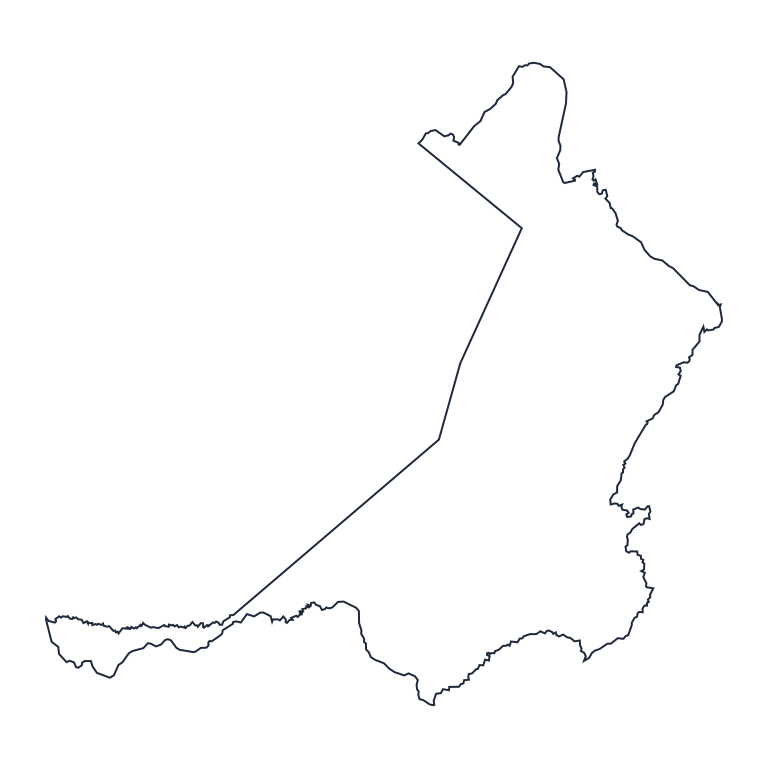 the district of Landázuri, Santander, Colombia
{"feature_id": "7082276B67983395238238", "entity_name": "Landázuri", "entity_type": "district", "adm_level": 2, "iso_a3": "COL", "parent_name": "Colombia", "parent_adm1": "Santander", "projection": "mercator", "projection_center": [-73.893, 6.365], "detail": "fine", "context": "isolated", "style": "outline", "palette": "slate", "viewbox_px": 768, "rotation_deg": 0, "n_neighbors": 0, "source": "geoboundaries", "source_scale": "gbopen_adm2", "svg_char_len": 6069}
<svg xmlns="http://www.w3.org/2000/svg" viewBox="0 0 768 768"><path d="M584.0,660.9L589.3,657.7L591.7,653.3L594.7,650.7L599.6,649.0L607.2,643.8L610.9,643.6L617.8,638.2L623.4,638.8L625.8,636.0L628.2,635.2L631.8,625.0L631.8,622.8L634.6,617.8L637.0,616.7L637.7,613.1L639.4,611.9L642.7,612.3L642.5,608.8L643.8,606.4L645.3,605.3L646.9,605.7L647.2,602.5L648.7,602.0L647.9,599.5L650.4,597.2L649.9,594.9L653.3,588.4L646.7,587.2L646.0,586.2L646.4,583.2L643.3,577.2L644.8,572.8L641.3,571.1L643.9,569.6L644.1,568.5L644.3,563.6L642.5,562.3L643.3,559.9L641.1,558.9L640.9,555.9L637.6,554.8L637.2,551.5L630.6,551.3L629.1,552.7L626.3,551.3L625.5,546.7L627.5,545.1L627.8,539.6L626.9,537.0L627.6,534.4L630.3,532.6L632.4,528.9L639.3,523.3L641.0,525.0L643.6,523.9L644.5,519.0L647.0,518.3L649.6,519.0L648.9,514.0L650.4,511.5L649.1,506.2L647.8,506.2L644.8,509.6L640.2,509.0L638.2,507.5L633.3,509.5L633.4,513.5L631.5,514.3L631.2,516.4L627.2,517.0L626.3,514.5L628.6,512.8L627.1,510.5L622.5,509.7L621.3,506.8L622.1,504.6L618.6,505.8L617.4,503.8L615.1,503.4L610.7,504.5L610.2,499.6L613.3,494.5L617.1,492.4L617.2,486.1L620.7,480.5L621.6,473.4L623.0,472.5L623.1,469.2L624.6,467.6L623.3,464.9L625.4,463.6L624.2,461.4L627.5,458.9L629.9,455.2L634.6,443.5L645.6,425.0L647.0,424.1L647.6,422.4L646.6,421.3L652.7,418.4L654.1,415.1L658.5,412.2L662.7,404.7L663.3,399.9L665.0,397.0L673.8,391.3L676.1,385.4L678.2,383.8L680.7,375.7L678.5,374.5L680.7,371.0L679.9,367.6L676.1,367.0L676.6,365.3L683.7,362.3L687.5,362.7L689.1,361.4L689.8,359.6L689.0,357.3L692.5,354.9L692.5,349.8L699.5,341.5L699.5,334.8L703.4,326.7L704.4,331.9L706.9,329.4L708.1,330.4L713.6,329.5L714.5,328.0L718.8,326.9L721.8,321.7L721.9,318.8L719.8,306.9L720.7,304.5L718.8,304.9L717.8,303.8L717.7,304.6L707.8,291.9L698.9,290.0L693.8,286.4L689.8,285.2L673.2,268.3L668.7,265.9L662.4,260.5L654.1,258.7L650.2,256.3L644.6,250.0L641.1,242.3L632.8,236.3L628.0,234.4L622.2,230.5L620.6,228.1L617.2,226.5L616.5,224.7L617.9,220.9L615.6,213.3L612.1,208.4L610.7,208.0L609.6,203.0L605.4,198.6L607.3,196.2L605.7,189.8L602.8,190.3L601.7,193.7L599.3,194.2L597.3,191.9L597.2,186.4L593.5,185.0L594.1,183.5L597.1,184.1L595.5,179.4L593.9,180.7L592.5,179.5L593.5,176.1L592.8,172.9L594.9,171.6L595.0,169.8L583.1,172.1L579.3,176.7L577.2,175.8L573.0,178.4L575.0,179.7L574.9,180.7L564.6,183.0L563.2,182.1L558.3,169.7L559.2,163.9L556.9,158.1L560.2,150.3L560.5,145.9L558.6,140.7L558.6,137.3L566.0,103.4L566.5,92.0L563.7,79.4L550.0,67.2L543.6,66.4L539.8,63.9L534.1,62.8L529.1,63.5L527.6,65.3L524.8,65.3L522.5,66.8L519.0,66.2L512.6,76.8L513.2,83.2L511.5,86.9L505.4,94.3L503.3,95.0L497.3,100.2L495.9,103.7L490.1,109.0L484.5,112.0L480.5,121.0L474.2,126.1L459.7,144.8L458.5,144.4L458.7,142.9L453.4,140.7L454.1,137.1L453.1,134.8L450.8,133.6L448.3,135.4L444.3,136.3L435.5,130.1L430.7,131.0L428.0,133.2L425.8,133.4L422.4,139.5L418.5,143.4L521.8,228.2L460.3,363.2L438.9,439.6L233.4,615.0L230.0,615.3L229.8,617.3L223.3,621.4L222.1,624.8L219.6,624.7L218.8,622.9L216.2,621.5L214.7,622.9L212.9,622.5L208.2,626.3L207.9,625.2L206.8,625.2L204.1,627.7L203.2,627.2L203.0,623.4L201.0,623.0L197.8,626.7L197.3,625.4L195.3,625.5L192.4,622.0L189.6,625.6L187.5,625.8L185.6,628.0L184.5,626.7L184.1,627.6L180.8,626.6L178.7,627.3L177.0,625.1L174.6,626.4L172.9,624.8L171.7,625.4L169.0,624.6L168.8,626.7L165.1,626.2L164.2,625.0L158.5,628.1L153.0,627.1L150.9,627.7L144.8,624.7L143.1,622.9L141.8,625.7L141.0,626.1L140.5,624.9L136.7,628.2L135.9,627.3L133.8,628.5L131.4,626.9L130.5,628.8L127.4,627.2L126.7,627.7L128.1,628.7L122.4,628.3L118.5,633.5L117.6,631.7L115.8,632.4L115.1,630.6L113.3,630.8L109.2,626.2L107.0,626.7L103.7,625.8L103.1,623.6L101.4,624.9L98.2,623.8L97.0,624.8L95.4,624.1L92.3,625.1L92.3,622.9L89.1,623.2L88.0,622.2L87.9,623.4L86.7,621.4L83.5,623.1L81.6,619.7L78.3,619.3L76.1,617.4L74.1,618.1L73.2,617.3L72.2,619.0L70.0,618.6L67.7,616.1L66.9,616.9L62.8,616.3L60.9,617.6L59.2,616.3L55.4,619.1L56.1,621.3L54.9,622.6L48.7,621.0L46.1,617.7L46.1,620.0L51.6,641.8L58.3,647.0L59.0,653.9L66.5,662.1L69.6,660.8L73.9,662.3L76.1,667.2L78.3,667.7L81.9,665.2L82.0,662.9L84.7,661.0L91.0,661.1L92.3,666.0L96.9,672.9L109.8,677.7L113.8,675.4L118.4,665.1L122.6,662.1L128.8,653.3L132.3,651.1L143.4,648.1L147.9,643.2L150.9,643.7L155.9,646.4L161.0,644.6L165.2,640.0L167.9,639.2L171.0,640.4L176.4,647.8L179.7,649.8L193.1,652.1L195.8,651.5L200.8,647.9L206.4,647.7L208.6,645.4L208.3,642.6L209.4,641.1L211.9,641.2L220.4,635.3L222.1,633.7L222.8,630.2L232.9,623.8L233.1,622.0L236.2,621.4L240.9,622.5L246.9,614.1L254.1,616.4L260.1,612.7L263.3,612.5L270.6,616.2L272.1,621.7L272.9,619.5L277.9,619.3L279.9,620.4L283.3,616.5L285.8,619.5L285.7,622.2L287.0,622.9L289.6,619.9L292.7,619.8L291.1,617.9L296.4,615.7L297.7,617.0L299.9,614.7L301.8,614.3L302.1,612.8L299.7,612.7L299.6,611.2L303.1,611.3L302.4,609.1L306.0,608.4L306.3,606.3L308.9,607.5L309.4,607.1L308.0,604.9L310.7,605.7L311.1,602.9L314.4,602.5L315.9,604.8L319.9,606.2L321.9,609.9L325.0,609.1L326.2,607.5L328.9,608.3L332.3,607.5L338.0,601.9L343.7,601.6L356.2,607.8L358.9,611.1L359.1,623.2L361.4,630.3L361.2,633.8L364.1,638.7L364.0,641.9L365.9,643.4L366.1,649.5L368.8,652.2L370.8,657.1L375.0,659.8L384.0,663.3L389.2,668.6L394.5,672.1L404.2,675.4L408.6,673.4L415.0,676.3L417.8,680.0L416.6,684.7L417.0,689.2L418.7,691.4L418.3,694.7L419.4,698.9L423.4,700.2L429.9,704.5L433.2,705.2L434.3,704.9L433.7,700.7L436.1,693.8L440.9,693.1L443.0,689.2L449.0,690.2L449.3,686.9L458.9,686.8L460.9,684.1L463.4,683.4L464.1,680.2L468.9,679.7L468.2,676.5L468.8,674.1L472.1,673.4L476.2,669.1L477.9,668.9L479.4,665.1L483.3,665.3L485.1,659.6L488.9,660.6L489.6,656.3L487.0,654.8L487.1,653.3L488.7,652.8L489.8,654.1L491.2,653.1L494.3,653.2L495.1,651.1L498.5,650.0L503.0,645.9L506.0,645.8L507.6,644.6L509.6,645.8L511.0,641.5L517.5,642.3L519.8,638.5L522.2,638.4L523.7,636.3L530.0,634.1L536.4,634.1L540.3,631.3L544.9,633.4L546.8,630.9L548.6,630.5L552.1,632.0L553.2,633.8L555.8,632.4L556.4,634.9L558.9,636.4L563.3,634.6L566.9,637.2L570.5,638.0L574.5,641.3L579.8,640.5L580.1,645.5L581.6,648.5L580.9,650.9L584.2,652.9L585.8,656.2L584.0,660.9Z" fill="none" stroke="#1e293b" stroke-width="2"/></svg>